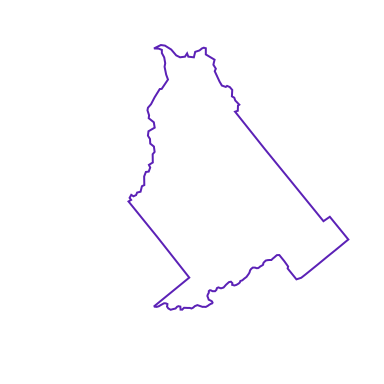 the district of Elmore, Idaho, United States of America, rotated 321°
{"feature_id": "52423323B11139746059105", "entity_name": "Elmore", "entity_type": "district", "adm_level": 2, "iso_a3": "USA", "parent_name": "United States of America", "parent_adm1": "Idaho", "projection": "equal_earth", "projection_center": [-115.613, 43.433], "detail": "fine", "context": "isolated", "style": "outline", "palette": "violet", "viewbox_px": 384, "rotation_deg": 321, "n_neighbors": 0, "source": "geoboundaries", "source_scale": "gbopen_adm2", "svg_char_len": 2411}
<svg xmlns="http://www.w3.org/2000/svg" viewBox="0 0 384 384"><g transform="rotate(321 192 192)"><path d="M290.1,86.7L286.9,86.7L282.7,85.1L278.2,88.5L274.3,84.5L275.4,81.2L271.7,82.4L267.5,79.8L265.7,75.9L265.5,68.2L263.1,61.2L260.3,58.2L252.8,56.5L256.4,59.7L258.0,62.6L256.0,65.1L255.1,69.9L252.2,75.1L249.5,77.4L245.8,84.5L244.1,89.5L233.3,92.8L231.7,91.7L222.5,94.9L215.4,98.0L210.8,98.8L208.8,100.5L206.9,105.4L204.8,107.4L206.2,113.8L203.5,118.5L196.4,117.4L193.2,120.5L192.7,124.4L190.0,128.1L191.0,132.7L188.2,137.3L185.2,137.9L180.1,144.4L175.6,143.8L174.9,146.7L171.2,148.9L168.8,147.4L164.6,149.8L159.3,156.6L156.7,156.0L152.2,159.4L149.0,157.9L146.6,159.2L143.8,158.5L143.0,156.0L139.8,157.3L139.7,159.8L136.7,159.4L136.7,205.5L136.0,256.8L91.0,257.0L90.8,257.6L92.3,259.1L94.3,259.9L97.1,260.3L100.3,260.9L101.6,262.1L102.4,263.6L101.6,264.4L100.5,265.3L100.3,267.5L101.3,270.1L103.2,270.9L105.9,272.2L108.2,271.8L109.6,272.2L110.8,273.7L109.8,275.2L109.1,276.2L110.4,277.3L111.5,277.1L113.0,277.0L115.8,279.5L117.4,280.8L118.3,282.2L120.1,282.6L122.4,282.5L125.0,283.3L126.7,286.0L127.9,287.9L129.0,288.7L130.4,290.0L132.5,290.4L134.5,290.5L136.4,290.8L137.3,291.2L138.3,291.0L138.7,289.7L138.2,288.2L137.2,286.2L137.8,284.7L138.5,282.5L139.8,281.6L141.6,280.9L142.7,279.6L144.0,279.6L144.7,280.2L145.6,282.1L147.5,283.6L149.4,283.4L150.8,282.4L152.4,282.7L153.9,285.1L156.4,286.1L158.3,285.8L160.0,285.5L162.0,285.4L164.0,285.3L165.8,286.2L166.0,288.3L164.8,289.4L166.1,291.3L168.0,292.1L170.6,292.5L172.2,292.4L173.6,291.6L175.5,292.3L177.9,292.2L180.9,292.3L183.1,291.7L184.6,291.3L186.1,290.7L187.8,289.5L189.5,289.0L191.7,289.0L193.4,290.4L194.2,291.8L195.4,292.7L196.9,292.9L198.1,292.8L199.7,293.1L201.1,293.3L201.6,293.2L202.1,292.6L202.9,292.1L203.8,291.9L206.2,291.7L207.8,292.5L209.3,293.5L210.9,294.8L212.8,294.6L215.0,294.6L216.9,294.5L218.3,294.5L220.2,296.0L220.2,303.9L219.8,310.4L218.2,311.6L218.2,323.7L218.2,325.6L222.9,327.4L228.3,327.5L235.5,327.5L244.0,327.5L256.0,327.4L269.9,327.4L280.2,327.3L283.6,327.3L283.5,298.0L275.8,297.4L275.7,239.5L275.6,204.4L276.0,156.7L278.7,157.7L282.1,153.8L283.7,153.9L283.2,148.1L284.2,145.3L283.2,142.8L287.5,138.0L287.4,134.2L286.0,131.6L284.4,131.6L282.2,128.1L282.9,123.5L285.7,112.4L288.1,111.2L288.7,106.6L290.4,105.2L292.8,103.4L289.3,93.8L293.2,89.0L292.0,87.3L290.1,86.7Z" fill="none" stroke="#5b21b6" stroke-width="2"/></g></svg>